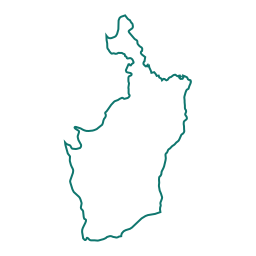 the border of Buri Ram
{"feature_id": "THA-436", "entity_name": "Buri Ram", "entity_type": "Province", "adm_level": 1, "iso_a3": "THA", "parent_name": "Thailand", "parent_adm1": "", "projection": "robinson", "projection_center": [102.981, 14.961], "detail": "fine", "context": "isolated", "style": "outline", "palette": "teal", "viewbox_px": 256, "rotation_deg": 0, "n_neighbors": 0, "source": "natural_earth", "source_scale": "10m", "svg_char_len": 5721}
<svg xmlns="http://www.w3.org/2000/svg" viewBox="0 0 256 256"><path d="M141.6,218.4L132.0,227.5L130.0,228.8L125.6,230.2L123.6,231.3L121.8,233.4L121.2,235.6L121.2,236.2L118.9,236.6L117.7,237.3L116.6,237.5L116.0,237.5L115.4,237.3L113.1,236.9L111.9,236.4L110.8,236.1L110.0,236.1L108.2,236.6L106.9,237.1L106.5,237.4L105.9,238.0L103.6,239.1L98.5,240.5L97.4,240.6L94.4,240.3L90.9,240.3L90.1,240.1L89.7,239.9L89.1,239.4L88.5,238.7L88.1,238.3L87.4,237.9L86.9,237.9L86.7,238.2L86.5,238.7L86.3,239.2L86.0,239.6L85.4,240.0L85.0,240.0L84.6,239.8L84.0,239.2L83.2,238.4L82.1,232.0L82.2,229.9L82.8,228.0L84.4,224.7L84.6,224.3L85.3,222.9L85.9,221.3L86.0,220.4L85.9,219.8L85.6,219.5L85.3,219.3L84.4,218.9L84.0,218.1L83.7,216.8L83.2,212.2L83.1,211.2L82.7,210.4L82.4,210.1L81.4,209.0L81.0,208.3L80.9,207.7L80.9,207.1L81.5,204.1L81.6,203.3L81.5,202.7L80.5,199.5L79.8,197.9L79.0,196.8L74.1,192.3L73.8,192.0L73.2,190.9L72.4,189.2L70.4,182.8L70.1,181.4L70.2,180.8L70.3,180.3L72.9,172.9L73.2,170.8L73.1,169.8L72.9,169.2L72.3,167.9L71.7,166.8L70.9,164.9L69.9,161.3L69.8,160.1L70.0,156.6L69.9,156.4L69.8,156.1L67.8,153.5L65.4,144.9L65.2,143.3L65.1,142.5L65.7,143.2L66.3,143.8L67.0,144.2L67.8,144.6L69.6,145.2L70.0,145.4L70.5,146.0L71.5,147.9L72.0,148.5L72.5,148.7L75.6,149.0L76.6,148.9L79.3,148.2L80.1,147.9L80.4,147.5L80.8,147.0L81.1,146.0L81.1,145.3L81.0,144.7L78.7,140.5L78.4,139.9L77.8,137.5L77.7,136.6L77.8,135.8L78.7,133.2L79.0,132.1L79.0,131.4L78.8,131.0L78.5,130.7L75.5,128.8L75.1,128.4L74.7,127.9L74.6,127.4L74.8,127.1L75.2,126.9L76.2,127.0L80.6,128.4L82.9,129.7L84.5,130.4L86.3,130.9L88.5,131.0L92.5,130.6L94.3,130.1L96.7,129.1L102.2,124.7L102.9,122.9L103.4,120.6L104.1,118.8L104.4,118.5L105.2,117.4L105.7,116.3L105.8,115.5L105.8,114.8L105.2,113.3L105.3,112.8L105.3,112.5L106.5,111.4L107.0,110.8L111.2,104.8L114.1,101.7L114.8,101.2L116.4,100.6L117.2,100.3L118.0,100.0L119.8,98.8L121.8,97.9L122.2,97.9L122.7,97.9L123.0,98.1L123.7,98.6L124.1,98.8L124.5,98.8L127.6,98.0L128.1,97.7L128.7,97.2L129.4,96.3L129.6,95.7L129.6,95.2L129.1,94.5L128.9,94.1L128.7,93.6L128.6,93.2L128.6,88.7L128.4,88.2L128.4,87.6L128.5,86.7L128.9,84.2L129.0,83.4L128.9,82.9L128.6,82.1L128.5,81.6L128.4,81.0L128.4,77.8L128.6,77.0L128.9,76.5L129.2,76.2L130.6,75.6L131.3,75.2L131.5,74.7L131.6,74.2L131.5,73.8L131.3,73.6L131.1,73.4L130.4,73.0L127.4,72.4L126.6,72.0L126.3,71.7L125.9,70.2L128.5,64.3L129.1,64.2L129.3,64.4L129.5,64.6L130.2,65.3L130.9,65.3L131.7,64.1L133.4,62.9L133.6,62.2L132.9,60.5L132.5,59.7L131.7,58.8L130.9,58.3L130.7,58.2L130.0,58.1L127.7,58.5L127.3,58.4L126.9,58.1L126.6,57.3L126.4,56.8L126.0,56.5L125.6,56.4L125.3,56.2L125.0,55.9L124.9,55.3L124.8,54.7L124.5,54.2L124.1,54.0L123.3,53.8L122.2,53.1L121.8,53.0L121.3,52.9L119.8,53.0L118.9,52.8L118.5,52.9L118.1,53.0L117.0,53.6L116.5,53.7L115.6,53.8L115.1,53.7L113.8,53.3L113.3,53.3L112.1,53.6L111.7,53.6L111.3,53.4L111.0,53.1L110.1,52.2L109.1,50.8L108.7,50.0L108.2,49.3L107.6,48.6L107.5,48.2L107.3,47.3L107.2,43.3L106.6,40.1L106.4,35.7L106.9,36.4L107.8,37.3L108.5,37.8L108.9,38.0L109.8,38.2L110.3,38.2L110.8,38.2L111.7,38.0L114.6,36.9L115.8,36.1L116.3,35.3L117.1,33.9L118.3,29.6L118.4,28.6L118.4,28.0L118.6,20.6L118.7,20.2L119.2,18.9L119.6,18.0L120.0,17.6L120.7,17.0L121.3,16.7L125.1,15.4L127.7,18.8L128.9,19.7L129.3,19.9L129.7,20.1L130.0,20.3L130.1,20.6L131.2,22.5L131.5,22.9L131.7,23.0L132.1,23.4L132.5,24.0L132.8,25.6L132.9,26.5L132.8,27.2L132.7,27.6L132.5,27.9L132.0,28.5L129.6,30.2L129.0,30.7L128.8,31.0L128.7,31.4L128.9,32.0L129.4,32.8L134.4,38.7L135.1,39.3L135.8,39.7L136.1,39.9L136.7,40.3L137.0,40.6L137.3,41.2L137.4,42.2L137.4,42.9L137.6,43.7L138.0,44.4L139.6,46.2L141.7,47.6L141.9,48.0L142.2,48.6L142.2,49.9L142.1,50.6L141.9,51.1L141.5,51.2L141.2,51.5L140.9,52.1L140.9,52.6L140.9,53.1L141.3,53.8L141.7,54.4L145.2,57.1L144.5,61.3L144.0,61.6L143.4,63.1L143.6,64.3L144.5,65.3L145.6,66.3L146.9,65.7L147.3,65.3L147.3,66.3L148.1,66.3L148.1,65.3L148.9,65.3L149.3,67.4L150.9,70.9L151.4,72.8L154.2,72.2L155.7,74.0L156.7,75.9L157.9,75.6L158.7,75.6L159.2,77.4L161.4,78.7L162.0,80.3L163.5,78.9L164.6,79.0L165.5,79.8L166.4,80.3L167.6,79.8L169.0,77.9L169.7,77.4L171.0,77.0L173.5,75.1L175.1,74.7L175.9,75.1L176.9,75.9L178.0,76.3L179.1,75.6L179.8,75.6L179.8,76.2L180.0,76.4L180.3,76.4L180.7,76.5L179.4,77.8L180.5,78.9L182.5,78.8L183.9,76.5L183.1,76.5L183.1,75.6L185.4,76.5L187.1,77.4L187.2,77.6L188.0,79.3L188.7,79.8L189.3,79.9L189.8,80.0L190.5,80.3L190.7,80.7L190.6,81.2L190.6,81.7L190.9,81.9L190.5,83.4L189.4,85.9L189.1,86.8L188.5,88.7L188.1,89.0L187.0,89.6L186.4,90.3L185.6,92.3L184.5,96.2L184.3,97.4L184.6,100.6L184.6,102.3L184.9,105.6L184.9,107.9L185.0,108.4L185.1,108.8L185.3,109.3L185.8,109.9L185.9,110.4L186.1,110.9L186.1,111.4L186.0,112.0L185.8,112.7L185.3,113.7L185.2,114.4L185.5,115.2L185.8,115.7L186.1,116.0L186.6,116.8L186.8,117.6L186.9,118.2L186.8,118.7L186.5,119.3L185.4,120.2L184.7,120.7L184.4,121.0L183.9,121.7L183.8,122.3L183.7,123.0L183.7,124.3L184.0,126.1L184.1,129.5L184.3,131.1L184.1,131.7L183.9,132.4L183.1,133.4L182.6,133.9L181.7,134.4L181.3,134.9L179.5,139.0L178.7,140.5L177.9,141.3L176.3,142.5L174.9,144.1L174.3,144.7L172.2,146.1L171.9,146.4L170.2,148.2L169.9,148.5L169.6,148.7L168.8,149.2L168.4,149.6L168.0,150.2L167.5,151.5L166.9,152.7L166.2,153.2L165.7,153.9L165.5,154.5L165.5,155.2L165.8,158.3L165.5,160.4L164.1,166.3L163.4,168.1L161.8,171.3L161.6,171.8L161.3,174.3L161.0,174.9L160.8,175.4L160.6,175.7L159.4,176.9L159.2,177.3L159.1,178.2L159.0,179.6L159.2,182.8L159.0,184.6L158.9,186.0L159.7,190.6L161.0,193.7L162.0,196.9L162.1,197.4L162.0,198.3L161.7,199.3L161.0,201.2L160.6,202.1L160.4,203.0L160.4,203.7L160.7,205.0L160.7,205.8L160.2,207.3L160.1,208.3L160.0,209.2L160.4,212.1L155.1,213.9L147.9,215.1L145.5,216.0L141.6,218.4Z" fill="none" stroke="#0f766e" stroke-width="2"/></svg>